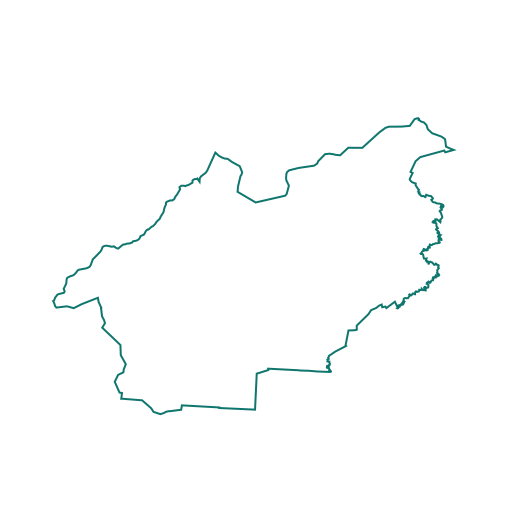 outline of Kārķu pag., Valkas, Latvia, rotated 107°
{"feature_id": "27541924B33710891924664", "entity_name": "Kārķu pag.", "entity_type": "district", "adm_level": 2, "iso_a3": "LVA", "parent_name": "Latvia", "parent_adm1": "Valkas", "projection": "mercator", "projection_center": [25.591, 57.815], "detail": "fine", "context": "isolated", "style": "outline", "palette": "teal", "viewbox_px": 512, "rotation_deg": 107, "n_neighbors": 0, "source": "geoboundaries", "source_scale": "gbopen_adm2", "svg_char_len": 5928}
<svg xmlns="http://www.w3.org/2000/svg" viewBox="0 0 512 512"><g transform="rotate(107 256 256)"><path d="M345.2,151.1L344.6,150.5L344.3,150.6L344.2,151.5L344.5,151.8L344.3,152.5L343.2,152.2L342.7,153.1L341.9,153.3L341.5,153.8L341.5,154.6L342.2,155.2L341.8,155.7L340.2,155.8L339.9,154.9L340.0,154.3L339.7,154.0L339.0,153.8L338.5,154.2L337.5,153.7L336.2,155.0L335.6,155.0L335.9,156.7L335.3,156.6L334.4,157.4L333.2,156.4L332.4,157.3L331.6,156.9L330.3,157.1L324.3,152.3L315.7,143.6L315.4,144.2L300.2,145.8L298.3,140.4L297.5,138.7L297.0,138.1L293.1,139.3L278.6,131.4L274.1,130.1L270.6,125.9L267.5,123.8L265.7,121.6L268.1,120.3L266.5,117.4L267.7,116.1L259.1,109.8L263.6,105.7L264.1,105.4L264.7,105.7L264.7,105.3L264.4,104.9L264.0,105.0L263.0,104.2L262.9,105.3L262.1,104.8L261.8,105.4L261.5,105.2L261.0,104.4L261.1,103.7L259.6,103.1L259.6,102.8L260.0,102.6L259.6,102.3L259.5,101.9L259.7,101.7L259.2,101.1L258.6,101.3L258.7,101.6L258.3,101.9L257.9,101.5L257.7,100.9L257.3,100.8L256.5,101.3L256.2,101.0L256.0,101.6L256.4,102.1L255.0,101.8L254.1,102.2L253.2,101.9L252.4,100.6L252.4,99.7L251.8,98.3L249.0,97.5L248.2,98.2L247.8,98.0L247.8,97.5L248.4,96.9L248.5,96.3L248.0,95.8L246.1,95.2L245.9,94.8L246.2,93.0L246.1,92.7L244.7,93.2L243.1,92.8L243.0,92.5L243.4,91.8L243.3,91.5L242.8,91.1L242.3,89.9L241.5,89.7L240.6,90.0L240.3,88.2L239.8,87.7L239.0,87.9L239.8,86.5L239.5,86.1L239.6,85.4L239.3,85.0L239.4,83.8L239.3,83.6L238.4,84.0L237.3,86.0L236.3,85.7L236.1,84.9L236.8,83.8L235.7,82.1L233.3,82.6L232.9,83.5L231.8,83.9L232.6,84.1L232.7,84.6L231.8,84.8L230.1,83.5L230.1,82.4L230.8,81.9L230.6,81.5L228.1,81.0L227.4,79.6L226.3,79.6L225.8,79.8L225.7,80.4L224.7,80.5L223.8,79.1L224.3,78.5L223.9,77.8L223.1,78.3L222.7,77.2L222.1,77.4L222.3,78.3L221.8,78.4L221.3,76.6L221.7,75.9L221.3,75.4L220.7,75.2L219.9,76.1L219.3,78.0L218.2,77.8L216.6,78.6L214.2,77.6L213.4,78.6L212.0,78.4L211.4,78.8L211.5,80.5L210.9,81.1L210.7,81.8L212.2,82.5L212.3,83.2L210.7,85.4L210.8,86.2L210.4,87.4L210.9,88.3L212.7,88.4L212.9,88.5L212.9,88.8L211.0,89.8L210.9,90.3L211.5,90.7L210.8,91.2L210.8,92.1L208.5,92.2L209.1,93.3L209.3,94.7L205.7,96.7L205.4,97.5L205.9,98.9L205.6,99.3L204.6,98.6L203.0,98.4L201.9,97.0L200.9,97.8L200.3,97.7L200.3,97.0L201.1,95.8L200.7,95.3L199.9,95.1L200.0,94.7L200.6,94.3L200.2,93.6L197.0,94.0L196.8,93.5L197.5,92.8L197.1,92.2L195.0,93.2L194.2,93.1L194.3,91.4L194.1,91.0L192.9,90.2L192.2,88.8L191.3,88.0L190.9,86.6L189.7,84.3L189.1,84.3L188.7,85.4L188.2,85.9L187.3,86.1L186.7,85.7L186.4,83.4L185.7,83.6L184.9,84.9L184.9,85.3L185.6,85.5L185.1,85.8L185.5,86.2L185.3,86.7L184.7,86.8L184.1,87.6L183.6,87.5L183.2,85.9L182.3,85.6L182.6,86.4L182.5,86.9L181.7,86.8L181.6,87.5L180.8,87.6L181.2,88.6L181.0,89.2L180.4,89.3L179.6,88.3L179.0,89.0L178.0,91.5L177.0,91.4L176.2,90.3L174.6,92.2L172.4,92.9L171.8,93.7L172.3,96.2L172.0,97.0L170.9,96.7L170.4,96.1L171.1,95.6L171.3,95.2L171.1,94.7L170.1,94.5L168.5,95.2L168.0,93.8L169.8,89.6L168.6,89.7L167.8,90.5L165.1,89.2L164.3,89.2L160.6,91.8L159.4,93.5L158.7,93.3L157.8,91.9L157.4,91.8L156.8,92.1L155.7,93.7L153.9,93.7L153.3,93.5L154.0,92.8L153.9,92.4L154.1,92.0L154.8,91.6L154.1,91.2L153.3,91.3L152.6,91.8L152.2,93.2L152.2,95.6L152.8,98.1L152.8,99.1L152.4,99.9L152.7,101.5L152.6,102.8L151.5,104.4L150.9,104.8L150.2,103.9L149.1,103.7L147.5,106.2L147.9,108.2L147.7,111.1L150.1,111.2L150.1,111.9L149.8,112.2L149.7,113.8L150.3,114.7L150.3,115.5L149.1,116.8L149.4,117.5L148.9,118.0L147.6,118.2L147.9,118.7L147.3,118.8L147.1,119.8L145.1,119.5L144.6,120.6L141.6,124.1L140.0,124.4L139.8,128.4L138.8,130.3L138.1,131.2L137.3,131.5L130.8,130.5L130.4,132.8L118.7,131.1L113.4,127.8L100.1,106.8L101.5,105.3L96.8,98.0L96.5,101.4L95.9,106.2L89.3,109.2L88.8,109.8L87.6,113.6L87.1,123.5L84.5,128.8L80.9,131.3L79.2,134.4L79.1,137.8L78.7,138.7L78.3,140.3L77.3,140.1L76.8,141.0L77.3,142.3L78.7,144.3L86.6,147.0L89.8,154.9L93.4,166.5L95.5,169.6L101.4,174.0L121.5,186.0L125.5,199.4L135.1,205.0L136.0,209.6L136.1,212.6L136.5,213.7L136.5,215.2L138.4,219.7L147.1,224.2L149.7,224.5L152.6,226.8L159.4,241.1L164.4,249.4L166.5,250.7L168.4,251.0L172.8,250.0L174.9,249.0L179.1,245.1L187.6,244.8L189.8,245.7L204.9,272.0L200.0,292.4L194.9,293.5L184.2,294.2L182.6,293.7L180.1,293.6L174.9,297.8L173.1,306.5L171.5,311.1L171.4,311.7L172.0,314.6L171.7,317.7L171.0,320.9L169.0,325.1L188.5,327.6L191.1,328.4L196.0,331.9L198.1,332.5L201.5,331.7L199.1,334.8L199.6,335.1L200.5,337.3L201.5,338.3L202.4,338.8L204.4,338.2L207.8,341.3L209.1,343.4L209.8,343.8L209.9,345.6L210.6,347.9L212.6,349.3L214.5,348.1L220.0,349.4L223.0,350.5L225.5,350.8L227.4,352.4L227.9,354.3L230.1,357.0L231.2,357.7L233.1,357.2L236.5,357.6L241.3,357.3L246.2,358.7L248.3,358.8L252.6,361.2L254.7,361.7L257.7,363.3L258.5,364.4L262.2,366.6L262.3,367.4L263.9,368.5L268.3,369.4L270.7,372.2L273.6,372.6L275.6,374.0L276.8,375.7L277.8,377.8L279.4,378.5L280.8,380.3L282.1,383.4L283.2,384.6L283.6,385.9L284.2,386.7L289.1,389.9L289.3,390.5L289.1,392.4L288.3,394.7L288.8,395.4L289.4,397.2L289.5,397.9L289.3,398.4L289.6,399.5L289.7,401.3L290.2,403.0L291.2,404.5L292.2,405.3L295.7,405.6L297.6,406.2L307.0,411.1L313.0,411.4L315.2,412.1L317.3,414.5L321.0,421.5L322.1,422.4L324.8,423.3L327.2,424.6L328.3,425.6L329.5,427.5L332.0,430.1L333.4,430.3L338.0,429.4L343.6,430.3L345.7,428.7L346.7,428.7L347.4,429.0L350.0,433.4L351.0,434.6L354.5,435.9L357.5,436.1L358.4,436.8L360.2,435.1L362.5,433.6L363.7,431.8L359.5,422.4L359.3,420.6L359.2,415.1L353.0,408.6L342.2,395.0L345.9,393.1L350.8,388.8L351.1,389.0L358.8,385.5L361.7,382.6L364.4,380.8L369.5,382.1L380.8,359.6L390.4,356.3L397.5,348.9L403.3,349.3L406.0,348.8L410.0,353.1L417.6,354.3L426.5,346.6L426.2,344.1L431.9,343.1L431.7,342.6L427.3,322.7L432.3,311.6L435.0,308.5L435.2,301.2L433.1,298.2L431.5,296.7L430.0,294.4L429.7,293.2L424.9,282.6L420.5,283.2L411.9,248.2L411.6,246.8L412.1,246.7L403.2,212.0L368.3,220.9L361.5,210.9L360.2,211.4L352.7,181.4L352.7,180.7L350.2,171.5L348.6,163.9L345.2,151.1Z" fill="none" stroke="#0f766e" stroke-width="2"/></g></svg>